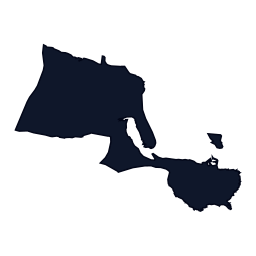 outline of Howth-Malahide Lea-7, Dublin, Ireland
{"feature_id": "5873133B80891439467393", "entity_name": "Howth-Malahide Lea-7", "entity_type": "district", "adm_level": 2, "iso_a3": "IRL", "parent_name": "Ireland", "parent_adm1": "Dublin", "projection": "natural_earth1", "projection_center": [-6.109, 53.412], "detail": "fine", "context": "isolated", "style": "filled", "palette": "ink", "viewbox_px": 256, "rotation_deg": 0, "n_neighbors": 0, "source": "geoboundaries", "source_scale": "gbopen_adm2", "svg_char_len": 4736}
<svg xmlns="http://www.w3.org/2000/svg" viewBox="0 0 256 256"><path d="M118.3,172.1L132.9,167.6L144.7,165.8L151.2,165.7L155.7,167.2L160.8,167.4L166.3,169.0L169.0,170.9L169.7,172.4L167.9,179.4L168.4,183.8L169.5,185.1L169.2,185.6L170.5,186.2L173.2,188.7L173.0,189.7L174.6,192.7L174.2,193.4L175.9,196.5L178.0,196.5L178.6,197.2L182.5,198.9L184.4,201.5L185.4,201.7L185.4,202.6L185.9,202.4L189.1,205.0L189.0,205.8L189.8,206.6L193.4,207.6L193.4,208.9L194.2,209.9L195.4,208.9L197.0,209.7L198.4,209.5L199.0,210.6L200.5,211.1L202.3,210.2L201.6,209.7L202.3,209.5L201.8,209.2L202.6,209.1L202.9,207.7L205.0,207.7L206.8,206.9L206.3,206.5L206.7,205.0L209.3,204.1L211.4,204.5L214.4,204.0L218.9,205.6L219.4,206.2L219.2,205.6L219.5,205.9L219.7,205.3L221.1,204.6L223.9,204.6L226.3,205.9L228.8,208.6L229.6,208.5L230.2,209.4L230.9,209.3L231.2,208.6L230.2,208.2L230.9,208.0L230.2,207.9L230.0,207.1L230.9,207.0L230.5,205.5L228.7,205.2L229.4,204.7L228.2,204.6L228.5,203.7L229.2,203.9L229.8,203.1L228.9,203.1L227.5,202.1L226.9,201.3L227.1,200.5L228.8,199.8L230.5,198.2L231.6,195.7L233.6,195.3L233.2,193.5L234.3,192.1L235.3,191.9L234.8,191.5L235.7,191.3L238.0,189.1L237.6,187.9L238.9,187.1L239.3,184.8L240.0,184.7L240.0,184.4L239.5,184.7L239.7,184.1L239.0,184.5L239.5,183.7L239.0,183.4L240.6,181.3L239.4,180.4L239.5,179.6L240.1,179.5L240.0,178.6L240.6,178.4L240.0,178.4L239.8,176.2L239.0,175.9L238.5,174.4L239.5,173.3L238.9,172.6L239.4,172.5L238.7,172.2L239.1,171.6L238.1,171.0L236.1,170.9L236.5,170.0L235.1,170.7L233.4,169.6L228.9,170.2L228.7,169.8L227.4,169.9L227.6,169.5L226.5,169.9L226.9,169.6L225.7,169.2L221.7,169.7L222.5,169.1L221.1,169.6L217.8,169.2L216.8,165.5L217.7,160.6L217.0,159.6L213.1,158.0L212.4,156.9L212.5,158.9L213.2,158.7L216.6,160.0L217.2,160.8L217.0,161.3L216.3,161.6L212.6,161.9L215.0,161.9L216.6,163.2L216.0,165.5L214.2,165.5L212.9,166.0L211.7,165.3L210.5,163.8L210.1,163.9L209.5,162.9L210.1,161.9L210.9,161.6L210.5,160.9L209.0,162.5L210.2,164.9L210.0,165.4L208.8,165.8L208.2,165.6L207.3,163.8L206.4,163.6L207.3,163.5L207.4,162.3L210.1,159.5L211.0,160.1L210.4,158.6L205.5,162.5L203.0,162.5L202.3,163.0L202.3,164.0L201.4,164.4L196.5,163.4L193.8,161.3L189.7,159.9L188.2,160.2L185.2,159.6L182.4,160.0L178.7,159.5L176.0,159.7L166.0,158.3L162.7,158.7L158.4,157.3L153.1,153.6L152.2,154.1L155.1,158.9L154.5,160.2L151.1,160.0L143.3,156.5L140.1,153.1L138.2,148.8L134.5,146.0L132.8,143.2L131.6,139.6L130.1,138.6L130.1,137.5L129.2,136.8L128.3,136.9L127.6,136.0L126.0,132.1L125.7,129.2L126.3,127.8L126.1,123.7L127.4,119.6L125.5,119.7L125.4,120.4L124.9,120.6L123.8,120.7L123.1,120.1L122.7,121.3L122.7,120.2L121.0,120.3L121.4,119.7L120.9,119.6L120.2,120.6L119.7,120.2L120.1,119.5L119.7,119.9L119.8,119.5L118.8,119.4L119.3,118.9L120.1,119.2L119.4,118.9L119.8,118.7L120.4,119.2L120.4,118.6L123.1,118.3L126.6,116.9L131.9,116.7L134.6,118.1L134.1,118.0L135.5,119.9L135.1,120.5L136.1,122.5L135.7,122.8L136.9,124.8L136.5,126.6L139.6,132.0L142.1,139.6L141.0,139.9L142.1,139.6L143.6,140.9L143.0,141.6L143.7,142.5L143.3,143.3L144.2,143.4L144.7,143.6L146.5,144.6L145.1,144.2L144.2,143.4L143.7,143.5L143.1,144.3L144.3,144.2L144.7,145.0L144.1,146.7L145.7,147.3L148.4,147.0L149.3,147.0L151.7,146.8L150.1,147.1L151.6,147.3L151.5,147.9L151.9,147.4L151.4,148.1L148.5,147.0L150.7,148.3L151.5,148.3L153.3,147.5L154.7,145.8L155.6,143.0L155.3,140.4L152.2,132.2L145.5,118.6L142.5,109.9L141.7,94.3L144.2,90.7L144.6,88.8L143.9,88.0L143.2,85.0L144.0,84.7L143.2,82.8L144.1,81.9L143.0,81.5L141.2,78.5L138.1,76.7L136.5,76.5L135.6,75.4L130.0,73.8L128.7,72.5L124.6,66.4L122.4,66.4L123.3,67.6L121.6,66.6L111.2,66.0L108.4,65.2L107.7,64.8L107.8,64.3L107.6,64.7L106.5,64.2L104.7,61.2L104.9,57.5L103.9,56.4L102.4,56.1L101.4,63.7L101.3,64.2L100.1,64.4L98.5,64.1L92.9,61.0L87.2,59.2L87.3,58.7L87.0,59.1L84.3,58.4L83.3,58.5L83.0,59.3L81.9,59.7L81.6,59.4L81.0,60.4L80.3,60.4L81.0,59.8L80.4,59.9L78.5,61.5L79.3,60.3L81.1,59.6L81.2,58.6L78.5,57.8L76.0,58.5L76.0,57.7L74.8,57.2L73.0,57.2L71.0,55.1L67.7,53.5L65.5,52.8L61.2,52.5L58.8,50.9L53.9,48.9L53.3,48.1L52.0,47.6L47.1,47.2L46.1,46.7L46.0,46.1L43.6,44.9L42.7,52.9L44.3,65.5L43.4,70.3L37.6,85.7L35.0,90.1L29.7,97.2L27.2,101.9L15.4,130.0L15.9,130.2L19.3,131.1L27.4,130.8L33.6,132.7L45.4,134.9L50.7,136.4L52.3,136.6L56.8,136.0L59.5,136.7L59.6,137.2L64.7,138.0L65.0,137.5L69.6,137.3L72.2,137.6L75.2,136.6L81.1,137.1L82.7,136.6L82.3,136.0L82.9,135.5L90.0,133.5L90.9,132.9L108.2,136.1L109.0,135.9L110.7,136.9L110.9,142.1L108.6,152.3L105.5,157.7L100.3,163.0L105.6,164.4L117.6,171.2L118.3,172.1ZM220.8,142.0L220.3,140.3L221.4,136.0L220.6,134.9L208.0,133.8L210.5,138.5L213.3,141.2L211.4,142.5L215.1,144.3L217.1,147.6L219.7,148.2L221.9,147.9L222.7,146.6L221.5,143.8L221.7,142.7L220.8,142.0Z" fill="#0f172a" stroke="#020617" stroke-width="1.5"/></svg>